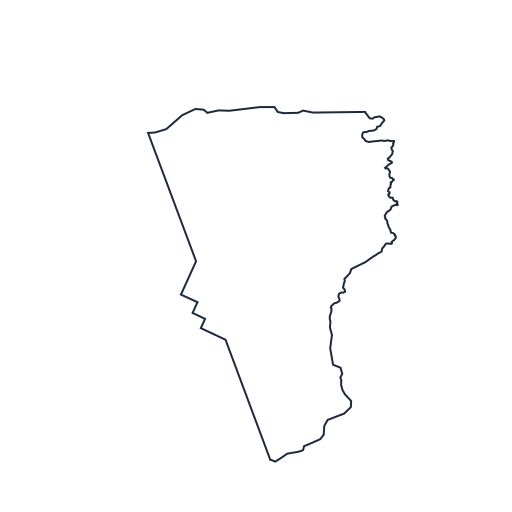 outline of Mariposa, California, United States of America, rotated 115°
{"feature_id": "52423323B20525606755783", "entity_name": "Mariposa", "entity_type": "district", "adm_level": 2, "iso_a3": "USA", "parent_name": "United States of America", "parent_adm1": "California", "projection": "albers", "projection_center": [-120.075, 37.542], "detail": "fine", "context": "isolated", "style": "outline", "palette": "slate", "viewbox_px": 512, "rotation_deg": 115, "n_neighbors": 0, "source": "geoboundaries", "source_scale": "gbopen_adm2", "svg_char_len": 3136}
<svg xmlns="http://www.w3.org/2000/svg" viewBox="0 0 512 512"><g transform="rotate(115 256 256)"><path d="M79.3,217.9L79.3,218.0L102.0,265.1L104.3,274.8L108.4,278.3L114.8,291.2L116.3,297.2L113.2,302.1L119.2,315.1L135.6,341.5L139.9,351.5L146.8,360.6L145.5,365.3L148.4,373.1L159.6,382.4L178.9,390.9L186.7,399.6L190.1,405.8L286.1,308.1L322.7,307.7L322.6,289.5L334.4,289.4L334.5,275.6L344.7,275.5L344.8,248.2L434.7,156.9L434.4,156.7L434.2,151.7L429.2,148.4L421.9,144.1L415.6,135.0L413.2,132.3L412.1,131.4L410.9,131.5L408.1,132.1L402.5,127.0L396.6,121.9L394.9,120.4L389.4,119.1L381.1,122.3L374.3,121.8L369.4,117.1L361.6,109.5L352.9,106.2L347.2,108.5L343.7,117.1L340.9,121.0L337.0,124.3L332.8,126.1L330.2,128.3L326.4,128.0L321.5,132.2L322.0,140.2L308.2,149.8L295.4,153.8L289.7,158.7L286.3,160.0L284.0,160.8L282.1,162.4L279.6,163.6L274.7,164.2L271.7,165.4L271.3,166.4L269.3,166.5L266.0,165.2L264.0,162.9L261.3,161.3L259.3,162.6L258.0,164.2L255.3,164.8L253.3,163.6L252.3,161.4L250.7,160.2L249.0,161.4L248.0,163.7L243.4,164.8L241.5,164.8L239.3,166.2L236.0,164.9L234.2,164.4L231.6,163.6L230.1,163.8L227.5,164.1L221.4,159.2L215.2,154.2L207.2,149.7L204.6,147.9L202.0,146.4L198.9,144.0L195.9,144.8L194.0,144.2L191.3,143.7L189.8,143.4L189.0,142.0L188.4,140.1L187.7,138.4L187.2,138.1L186.4,138.6L186.0,139.0L184.6,138.4L183.0,137.5L180.3,137.0L179.2,137.5L178.6,139.1L177.8,139.2L177.5,140.3L177.3,141.6L177.8,143.4L176.7,144.5L175.3,145.4L174.3,147.2L173.8,147.9L172.1,149.3L170.8,150.8L169.6,151.3L168.1,153.0L167.6,154.2L167.5,154.7L165.8,155.6L165.4,156.3L164.0,156.3L162.8,156.2L161.9,156.0L160.3,155.8L159.8,155.2L159.0,154.7L158.4,154.3L157.5,154.0L156.6,153.7L155.7,153.8L154.8,153.8L154.0,154.0L153.2,153.4L152.1,152.7L151.4,151.7L150.8,151.0L150.3,150.8L150.1,150.2L150.2,149.7L150.1,149.3L149.3,149.4L149.0,150.0L148.8,150.6L147.9,150.7L147.5,150.7L147.0,150.9L146.9,151.6L147.2,152.5L147.7,153.2L147.5,153.8L147.1,155.3L146.5,155.9L146.0,156.4L145.5,156.7L145.9,158.0L146.4,158.7L146.2,159.9L145.5,161.1L145.0,161.9L144.0,162.0L143.6,161.5L142.7,161.4L141.8,161.9L141.9,162.6L141.3,163.8L139.6,164.1L138.2,164.1L137.8,163.6L137.0,163.2L135.8,163.7L134.3,164.2L133.6,164.1L133.0,164.6L132.7,165.0L132.1,165.0L131.5,164.2L129.5,163.8L129.1,163.3L128.3,163.7L128.4,164.6L127.8,165.9L128.3,167.5L127.7,168.4L126.8,169.1L125.7,169.6L123.0,170.1L121.1,173.2L121.3,174.9L121.9,175.4L121.5,176.3L120.2,175.6L117.3,174.5L115.7,173.3L113.9,172.2L113.2,172.9L113.2,175.2L113.3,176.6L112.1,177.7L111.5,177.3L109.3,176.4L106.2,175.7L103.3,176.2L102.0,178.1L100.3,179.2L98.8,178.5L97.3,178.4L96.3,179.3L95.4,179.1L94.4,179.1L93.5,179.5L93.8,180.5L94.4,181.1L94.7,182.4L95.1,183.1L95.3,184.5L95.7,185.9L96.8,187.1L97.7,188.9L98.3,191.1L100.7,195.0L102.5,198.1L104.9,201.7L105.5,205.2L104.4,206.9L103.5,209.8L101.3,211.0L98.9,211.1L97.8,210.1L97.0,208.3L94.9,206.4L93.4,203.7L92.0,201.8L90.0,200.5L87.7,200.8L85.8,198.5L82.4,198.0L80.8,197.6L79.0,197.0L78.0,197.8L77.8,198.6L77.3,200.5L77.3,203.2L78.8,205.1L80.2,207.3L82.1,208.2L83.1,210.8L82.6,212.4L81.3,214.5L80.7,215.8L79.8,217.5L79.3,217.9Z" fill="none" stroke="#1e293b" stroke-width="2"/></g></svg>